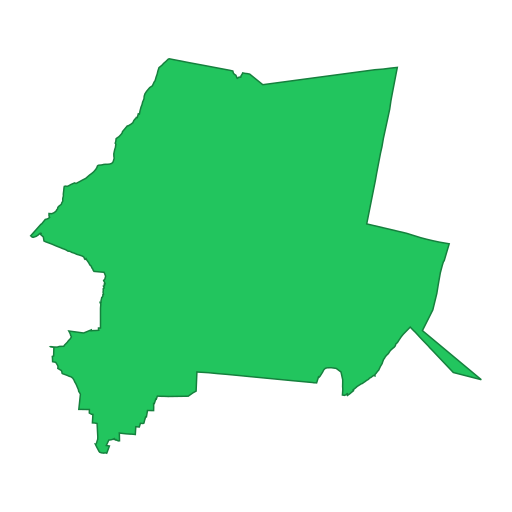 outline of Villa González Ortega, Zacatecas, Mexico
{"feature_id": "50627088B17706394506285", "entity_name": "Villa González Ortega", "entity_type": "district", "adm_level": 2, "iso_a3": "MEX", "parent_name": "Mexico", "parent_adm1": "Zacatecas", "projection": "mercator", "projection_center": [-101.992, 22.544], "detail": "fine", "context": "isolated", "style": "filled", "palette": "green", "viewbox_px": 512, "rotation_deg": 0, "n_neighbors": 0, "source": "geoboundaries", "source_scale": "gbopen_adm2", "svg_char_len": 5765}
<svg xmlns="http://www.w3.org/2000/svg" viewBox="0 0 512 512"><path d="M249.7,74.1L248.6,73.9L247.3,73.6L245.2,73.4L242.7,72.9L242.1,74.3L241.2,75.5L240.7,77.2L239.1,77.1L237.3,78.3L236.7,77.6L236.6,76.8L235.8,75.2L234.5,74.4L233.4,73.2L232.8,71.0L229.8,70.3L203.4,65.3L189.9,62.8L169.3,58.8L168.3,59.1L165.7,61.6L163.6,63.4L162.1,65.1L160.4,66.5L159.0,67.6L157.8,71.3L157.2,74.0L156.1,77.1L155.1,80.7L154.1,82.1L152.4,85.8L149.7,87.6L148.1,89.5L146.6,91.3L145.0,93.7L144.2,96.2L144.0,98.7L143.3,100.5L142.6,102.1L142.1,104.4L141.0,107.2L140.1,110.6L139.4,114.1L138.3,113.8L137.3,117.6L136.3,117.4L135.6,118.8L134.9,119.1L133.7,120.8L132.9,122.7L130.8,124.3L128.1,125.9L127.3,125.9L124.1,129.7L122.5,131.6L122.3,132.6L121.5,133.9L119.9,135.7L118.8,136.8L117.1,137.9L116.1,138.7L115.8,141.3L115.2,143.2L115.9,144.3L115.7,145.2L115.4,147.5L114.7,149.6L113.8,153.9L113.9,156.4L114.2,158.2L113.1,161.9L111.7,163.4L109.5,164.1L107.2,164.3L105.3,164.3L103.8,164.4L101.9,164.9L100.1,165.1L98.7,165.2L97.8,165.6L97.3,166.2L96.9,167.6L96.5,168.1L95.9,169.2L94.8,170.5L93.7,171.8L91.8,173.4L89.6,175.0L87.3,177.0L85.7,178.4L83.3,179.6L81.6,180.5L80.2,181.3L76.0,183.5L74.6,182.9L71.1,184.4L68.6,185.8L67.1,186.4L65.7,186.1L64.3,186.4L64.0,187.8L63.8,190.1L63.5,192.4L63.3,194.1L63.4,196.0L62.8,198.2L62.7,199.4L62.8,200.6L62.8,201.1L61.7,203.0L61.3,204.4L59.1,206.0L57.9,207.3L57.5,209.0L56.6,210.0L56.0,211.2L53.9,212.8L51.7,213.7L49.0,213.5L49.0,215.8L49.6,217.4L48.2,218.5L46.2,219.3L45.9,219.3L45.3,219.4L41.5,224.1L41.0,224.2L35.4,230.5L30.7,235.8L31.9,236.7L31.9,236.9L32.5,237.2L33.3,237.3L36.2,236.3L38.3,234.9L39.0,234.1L40.3,233.2L41.1,233.4L40.5,234.4L43.3,236.9L44.0,241.0L44.5,241.2L45.4,241.7L46.5,242.1L51.6,244.0L52.6,244.4L54.6,245.3L56.5,246.1L60.6,247.7L62.4,248.5L64.9,249.4L65.6,249.7L67.0,250.5L68.1,251.2L69.3,251.2L70.6,251.7L71.8,252.4L74.4,253.2L76.7,254.3L79.2,255.0L81.9,255.9L83.2,256.6L84.1,257.4L84.5,258.8L85.1,259.4L85.5,259.2L86.0,258.7L86.2,259.2L87.7,261.3L88.6,262.6L90.0,265.1L91.1,266.0L91.9,267.9L92.9,269.3L93.2,270.3L93.7,271.0L94.0,271.4L104.1,272.3L105.6,276.1L104.9,279.0L103.6,280.5L104.0,281.3L104.3,281.7L105.1,283.8L104.2,284.1L104.5,285.6L103.4,286.1L103.9,287.0L104.2,287.9L103.3,288.5L103.2,289.2L103.3,290.6L103.1,291.9L103.1,292.7L103.4,293.7L103.5,294.3L102.9,294.6L102.8,295.0L102.9,295.5L102.9,295.9L102.7,296.3L102.2,297.3L101.7,297.5L101.6,298.2L101.0,300.9L101.0,302.5L100.1,302.4L100.8,304.4L100.5,308.2L100.5,309.4L100.5,328.0L98.5,328.0L98.5,329.1L98.7,330.3L96.1,330.5L92.9,330.6L91.1,330.8L91.2,329.9L83.6,333.0L68.8,331.0L69.8,332.9L70.4,334.2L70.6,335.3L71.4,336.9L70.2,338.9L68.5,340.6L67.2,342.4L66.2,343.4L64.5,345.1L63.8,346.3L59.5,346.4L57.2,347.1L53.9,347.0L50.8,346.6L50.5,346.7L50.8,346.9L53.9,347.3L53.6,356.0L52.3,356.4L52.5,358.8L52.6,361.7L55.7,362.3L57.4,365.0L57.9,366.1L58.0,367.1L57.8,368.4L61.3,370.5L61.9,371.8L62.0,373.1L62.4,373.6L63.5,374.0L67.3,375.4L69.0,376.2L71.2,376.9L72.8,378.2L73.9,379.9L74.8,382.0L75.6,383.3L76.5,385.1L77.4,387.3L78.4,389.6L78.7,391.3L80.2,393.7L80.4,394.3L79.4,403.9L78.8,409.4L81.1,409.4L86.7,409.5L88.8,409.5L89.4,409.5L89.3,413.0L90.4,413.6L91.6,414.3L92.9,414.4L92.4,422.9L94.6,423.0L96.3,423.3L97.1,423.5L97.5,431.5L97.8,436.9L97.7,439.5L97.5,439.8L96.4,443.4L95.8,444.2L95.3,444.1L96.7,447.0L98.1,449.6L98.7,450.8L99.1,451.5L99.7,452.2L101.3,452.8L103.6,453.1L104.0,453.1L104.6,452.9L105.7,452.9L106.3,453.0L106.7,453.2L107.1,452.3L109.4,446.0L106.3,445.5L108.7,440.3L108.8,440.1L110.9,439.8L112.2,439.5L114.1,438.7L114.1,439.4L115.7,439.5L115.6,440.0L116.8,440.2L118.3,440.9L119.5,440.8L119.4,435.3L119.3,433.0L120.7,433.2L123.1,433.5L125.0,433.7L125.9,433.8L127.3,433.9L130.2,434.1L131.2,434.1L133.6,434.3L135.3,434.5L135.8,426.7L139.3,427.0L140.4,423.3L143.0,423.5L143.9,423.1L144.9,419.1L145.0,419.1L145.6,416.9L146.4,416.9L147.5,410.5L153.6,410.6L153.7,407.1L153.6,403.5L154.3,403.6L155.8,399.0L156.3,399.2L157.3,396.2L157.6,396.1L159.1,396.2L161.5,396.3L163.2,396.3L166.3,396.4L168.0,396.5L188.2,396.2L193.0,392.8L196.1,391.1L196.9,372.0L208.6,372.7L217.5,373.6L226.1,374.3L237.8,375.4L249.9,376.6L255.2,377.1L291.7,380.6L312.3,382.5L314.1,382.8L315.6,382.8L316.6,382.9L318.1,378.2L318.5,376.9L319.0,377.3L319.9,376.4L322.5,372.3L323.9,369.6L325.4,368.3L327.2,367.8L331.2,367.7L336.2,368.4L341.0,372.0L342.7,379.7L342.7,382.6L342.6,386.5L342.8,389.1L342.7,391.2L342.6,392.8L342.5,393.9L342.4,395.0L343.3,395.2L343.8,395.2L344.4,395.4L345.1,395.0L345.8,395.0L347.1,393.6L347.3,393.6L347.2,394.5L347.5,395.4L349.9,393.7L351.9,392.0L353.5,390.7L353.0,390.0L356.6,387.0L356.6,386.8L361.3,383.8L362.3,383.5L363.0,383.0L364.1,382.2L365.2,381.5L365.8,381.0L366.9,380.2L368.2,379.5L368.9,378.9L369.5,378.1L370.7,377.6L371.5,377.0L373.5,375.5L375.0,375.9L374.9,374.6L376.0,373.4L377.5,371.4L378.7,370.1L380.0,367.3L380.8,365.7L381.5,364.7L381.9,363.9L382.3,363.1L382.6,362.0L383.3,360.2L383.5,359.5L384.1,358.8L384.7,357.9L385.2,356.9L385.9,356.1L386.6,355.1L387.4,354.6L388.6,353.2L389.6,351.6L390.4,350.5L392.7,348.4L394.3,347.1L395.1,346.1L395.4,345.4L395.9,343.9L397.4,342.6L399.1,339.9L401.2,336.8L403.3,334.2L410.2,327.1L412.9,329.9L414.6,331.6L415.4,332.3L415.9,332.9L418.5,335.7L419.1,336.4L422.2,339.7L425.4,343.0L428.4,346.1L429.8,347.8L431.1,349.1L433.8,351.9L435.2,353.4L453.3,372.5L481.3,379.7L422.4,330.6L432.8,309.9L436.8,293.5L438.3,284.3L440.3,272.9L442.3,265.3L443.4,261.8L444.2,260.7L445.8,255.2L448.0,247.8L449.2,243.8L439.3,242.1L433.2,240.8L426.4,239.2L420.7,237.7L406.6,233.3L366.7,223.9L375.4,180.3L376.6,173.4L378.5,163.5L380.5,153.1L381.9,147.0L383.4,138.3L387.7,118.5L389.7,109.2L390.9,100.9L392.1,94.4L397.3,67.4L389.9,68.2L383.0,69.1L375.1,69.7L262.8,84.7L249.7,74.1Z" fill="#22c55e" stroke="#15803d" stroke-width="1.5"/></svg>